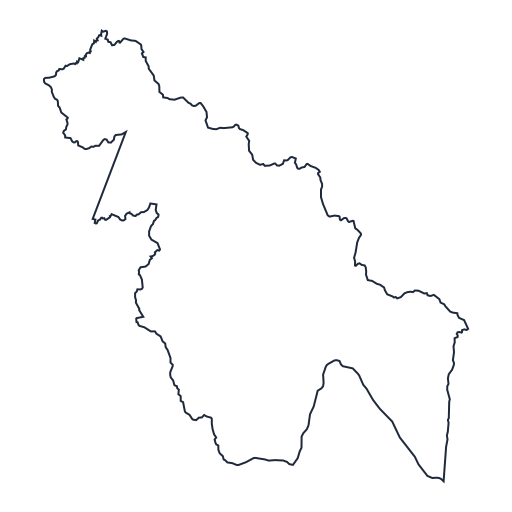 Caracolí, Antioquia, Colombia (Albers equal-area conic projection)
{"feature_id": "7082276B21568084054771", "entity_name": "Caracolí", "entity_type": "district", "adm_level": 2, "iso_a3": "COL", "parent_name": "Colombia", "parent_adm1": "Antioquia", "projection": "albers", "projection_center": [-74.748, 6.347], "detail": "fine", "context": "isolated", "style": "outline", "palette": "slate", "viewbox_px": 512, "rotation_deg": 0, "n_neighbors": 0, "source": "geoboundaries", "source_scale": "gbopen_adm2", "svg_char_len": 5938}
<svg xmlns="http://www.w3.org/2000/svg" viewBox="0 0 512 512"><path d="M136.5,322.1L137.6,322.3L138.5,324.9L139.3,325.8L144.4,327.3L150.8,331.4L155.0,331.4L156.5,333.8L160.6,336.4L162.6,341.3L165.2,343.5L165.7,347.2L167.6,350.0L170.5,358.0L170.5,362.6L172.7,364.7L172.6,366.4L170.3,372.0L170.1,374.2L170.7,377.3L173.2,380.6L174.3,384.9L175.1,385.6L176.8,386.1L177.3,388.3L178.8,389.7L178.4,394.2L180.7,396.1L180.7,400.9L183.1,402.2L184.9,411.5L185.9,412.7L189.5,414.8L192.2,419.0L193.2,419.7L196.2,420.1L198.8,417.7L201.9,417.4L204.1,415.0L206.7,416.5L211.1,417.7L211.8,418.8L211.8,423.9L212.6,429.2L214.1,434.4L216.2,437.5L214.6,439.5L215.6,443.3L216.3,444.4L218.3,445.5L218.4,449.9L219.7,453.3L222.8,456.1L223.7,459.5L225.3,460.3L227.3,462.4L232.4,463.2L236.4,464.9L238.5,465.0L246.0,462.2L253.8,458.0L255.4,457.9L264.7,459.4L268.8,460.6L274.9,460.1L283.2,460.5L287.0,461.9L289.3,464.1L292.9,464.9L297.7,458.2L299.7,451.4L301.5,447.7L301.6,436.5L303.3,433.2L306.8,429.3L308.5,425.4L310.0,414.3L313.7,406.5L317.7,390.7L321.4,388.4L323.1,386.2L323.6,382.7L323.1,374.6L325.7,367.0L326.6,365.3L328.1,364.0L334.5,360.4L336.8,360.2L339.5,361.0L341.0,364.5L342.8,366.2L352.8,368.4L358.1,374.0L359.2,375.5L363.2,384.7L366.6,388.8L373.0,399.9L379.8,408.8L392.2,421.5L399.8,437.5L414.8,456.7L418.5,464.4L427.4,475.9L432.3,478.0L436.8,477.7L439.4,478.1L441.3,479.1L443.6,481.3L446.1,446.8L447.5,439.5L446.9,435.4L447.8,431.8L448.6,422.8L447.9,420.1L448.8,418.0L449.2,401.8L449.8,399.2L447.2,389.7L447.3,386.1L448.5,383.9L447.9,378.3L448.8,374.2L452.1,369.7L453.9,364.8L453.9,362.5L452.9,360.3L454.0,352.2L453.5,346.3L454.7,342.5L454.6,338.2L457.6,337.0L457.7,335.3L456.7,333.9L457.6,332.3L459.2,332.0L461.5,332.6L462.0,332.2L462.1,330.1L464.4,329.4L466.7,330.0L468.1,328.8L464.1,320.1L459.1,317.9L457.6,315.2L457.3,313.2L452.7,312.6L450.2,311.6L445.4,306.3L444.2,304.3L440.6,302.6L439.3,299.1L433.9,294.9L430.4,296.0L427.6,295.3L426.9,293.2L424.3,293.5L418.5,290.7L414.9,290.5L413.0,292.1L410.6,291.7L407.3,292.2L404.5,293.3L400.9,297.1L397.2,298.4L395.7,297.0L393.9,297.5L392.7,296.5L387.2,294.3L384.9,290.3L384.1,287.5L379.8,284.6L377.0,283.9L372.1,280.9L367.8,280.1L366.0,274.7L366.2,271.4L365.7,267.3L364.6,265.4L361.7,264.9L359.5,263.3L357.9,263.8L355.8,265.8L355.0,265.5L355.1,261.6L354.1,257.7L355.6,252.4L357.2,242.4L359.0,237.8L361.0,234.9L360.8,233.4L357.4,229.8L355.3,228.4L353.5,220.9L352.7,220.8L349.0,222.0L348.1,221.3L346.5,218.3L345.4,217.9L343.8,218.2L341.2,220.2L340.5,220.2L339.9,219.3L339.6,216.8L338.9,216.1L334.5,215.6L329.5,216.6L327.7,215.3L323.0,204.0L321.0,197.2L321.0,189.4L322.1,186.8L322.1,183.9L320.5,180.1L320.3,177.5L318.0,174.1L318.1,173.1L319.8,171.8L318.7,170.0L315.8,167.9L310.6,166.0L307.6,163.9L306.6,164.1L304.5,167.0L301.7,167.5L299.5,168.8L297.9,168.6L297.1,167.6L296.2,164.5L294.9,162.8L295.8,158.5L292.0,157.0L290.4,157.4L287.7,160.1L286.4,160.5L284.1,160.3L282.9,163.8L279.2,165.7L277.0,165.4L275.3,163.6L274.3,163.5L269.8,165.5L264.7,165.8L263.3,164.0L260.1,164.8L256.1,162.9L253.1,159.8L252.2,154.7L249.1,150.8L248.7,144.2L249.2,140.9L246.3,136.6L247.8,134.1L247.7,133.1L243.3,130.2L239.8,129.0L239.0,128.1L238.3,125.6L236.3,124.6L235.2,124.9L233.8,126.6L232.3,127.3L223.8,128.1L220.1,127.8L216.3,129.2L213.0,129.0L208.0,127.6L205.5,120.3L207.0,117.4L206.5,112.0L203.2,106.3L200.6,103.0L199.2,103.1L195.6,105.8L193.8,106.0L191.9,105.3L190.6,103.7L188.5,102.8L183.1,97.5L180.7,97.6L174.5,99.7L169.5,99.2L167.5,98.0L163.2,97.4L162.9,94.7L159.4,91.9L159.3,86.3L158.6,84.0L154.5,80.5L153.7,75.5L148.8,68.8L148.6,66.3L145.7,60.9L145.7,57.4L143.3,57.0L141.9,53.4L143.5,52.0L141.5,49.1L141.2,45.1L140.7,44.4L135.6,40.9L130.8,40.4L124.6,38.4L123.4,38.8L120.0,42.7L119.5,42.6L119.0,41.0L118.4,40.9L116.8,41.9L114.4,44.9L112.1,45.3L110.5,42.2L108.3,41.8L107.8,39.7L105.3,38.7L107.1,33.8L106.9,31.4L105.8,30.8L103.1,31.7L101.8,30.7L101.1,33.9L101.3,35.7L99.7,35.1L98.9,35.5L98.4,37.1L96.8,38.6L97.6,40.4L96.2,40.7L95.8,41.9L94.2,40.6L93.9,43.3L92.3,44.3L90.2,49.5L90.7,51.4L89.8,51.6L89.8,53.0L88.4,52.7L86.9,53.2L85.8,54.7L86.0,56.3L84.8,56.2L84.6,57.9L83.3,58.2L83.3,59.8L79.4,58.3L78.1,62.4L77.6,62.6L77.0,61.9L76.7,63.4L75.7,63.2L75.1,64.1L73.9,63.5L69.9,64.2L66.8,66.1L65.6,65.7L63.6,68.8L62.3,69.3L59.3,69.0L58.7,70.5L57.1,71.1L56.2,72.4L56.0,74.8L54.7,76.3L49.2,77.7L45.3,77.9L44.0,79.0L43.9,80.4L44.3,82.3L45.4,83.5L48.9,85.3L50.9,87.2L51.9,89.6L51.8,91.9L53.8,96.9L55.1,98.8L57.0,99.7L57.8,101.1L58.1,105.9L59.6,107.5L61.3,112.5L67.8,117.7L67.6,118.5L66.4,119.5L67.5,122.9L67.5,124.4L66.3,126.9L65.9,129.4L63.8,130.9L63.2,132.8L65.1,135.3L65.2,137.5L70.5,138.1L72.2,141.4L73.6,142.4L74.9,142.4L76.4,141.1L77.4,141.2L78.0,142.2L78.2,145.4L82.8,147.4L84.5,148.8L86.2,149.1L89.3,148.1L91.2,146.6L93.5,146.8L95.2,145.8L99.1,145.8L103.3,140.0L104.7,139.1L106.6,139.6L108.3,142.4L110.9,142.6L113.9,139.6L114.4,136.5L115.7,135.0L121.7,134.4L125.8,132.0L92.7,218.9L95.4,219.6L94.7,222.9L95.8,223.5L96.8,223.3L98.1,220.5L100.0,219.6L101.2,217.8L102.2,217.7L102.9,218.5L104.2,218.2L105.2,219.8L106.0,219.9L110.0,217.2L109.9,216.1L110.7,215.9L111.6,214.2L118.4,217.0L120.2,219.6L122.2,220.5L123.7,220.4L125.4,219.1L125.1,215.8L126.7,213.6L129.6,212.3L129.8,213.3L131.5,213.9L133.1,215.6L135.6,216.0L136.8,214.6L138.5,214.4L141.2,212.1L143.8,212.1L147.4,210.0L149.0,207.5L150.4,203.5L156.5,204.4L155.7,210.0L156.8,213.2L158.4,214.3L158.5,215.6L158.0,217.1L156.6,217.9L155.1,220.2L154.0,220.8L152.9,224.2L151.1,225.9L149.1,231.4L149.1,235.7L151.4,239.6L157.5,243.1L160.0,249.4L159.3,250.6L157.4,250.1L154.9,252.3L155.2,253.9L154.6,254.8L152.6,256.1L150.6,256.5L151.9,258.2L149.8,259.9L148.7,263.9L145.7,266.5L140.5,267.3L138.7,270.3L139.1,272.2L138.8,274.4L140.0,275.2L141.9,279.6L142.7,287.4L142.1,288.7L140.4,289.5L137.4,289.3L136.7,291.6L135.1,293.1L135.1,297.3L136.0,300.1L135.9,302.7L139.3,308.8L139.2,310.2L143.3,316.8L136.7,318.1L136.2,318.6L136.5,322.1Z" fill="none" stroke="#1e293b" stroke-width="2"/></svg>